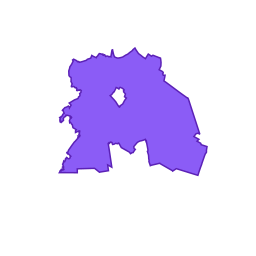 the district of Alojas pag., Alojas, Latvia, rotated 215°
{"feature_id": "27541924B87659249854231", "entity_name": "Alojas pag.", "entity_type": "district", "adm_level": 2, "iso_a3": "LVA", "parent_name": "Latvia", "parent_adm1": "Alojas", "projection": "orthographic", "projection_center": [24.883, 57.791], "detail": "fine", "context": "isolated", "style": "filled", "palette": "violet", "viewbox_px": 256, "rotation_deg": 215, "n_neighbors": 0, "source": "geoboundaries", "source_scale": "gbopen_adm2", "svg_char_len": 5535}
<svg xmlns="http://www.w3.org/2000/svg" viewBox="0 0 256 256"><g transform="rotate(215 128 128)"><path d="M141.5,203.9L143.0,203.5L143.0,203.4L145.0,203.0L146.0,202.7L149.3,201.9L150.0,200.2L150.6,200.3L153.8,200.2L153.5,194.8L156.8,194.7L159.0,194.9L162.1,195.0L166.1,196.5L168.2,197.5L168.9,194.9L168.8,194.4L168.9,193.8L169.2,192.8L169.7,191.5L170.7,188.0L171.5,186.8L173.1,183.0L174.9,180.9L176.2,179.6L176.7,179.3L178.2,178.8L179.6,178.6L179.8,178.5L181.8,179.8L184.5,182.2L185.5,183.2L185.8,182.9L185.6,182.1L183.9,178.6L183.8,178.8L183.2,177.0L183.1,176.7L182.9,176.5L183.9,176.1L184.0,175.8L184.2,175.6L184.5,175.4L184.6,175.5L185.0,175.4L185.6,175.3L186.4,175.0L186.8,174.6L187.2,173.8L187.4,173.7L188.8,174.5L189.1,174.6L189.5,174.3L189.7,173.7L190.1,173.6L190.1,173.4L190.4,173.4L190.5,173.6L191.0,174.1L191.2,173.9L191.3,173.9L192.2,173.2L192.8,173.2L194.2,172.5L194.3,171.1L194.2,169.5L194.5,168.5L194.3,167.4L197.0,166.9L197.3,166.8L199.3,166.7L198.6,163.8L200.7,161.0L200.9,159.7L201.0,159.5L203.2,156.6L205.2,154.2L205.6,153.8L206.2,154.2L206.7,154.1L207.4,153.3L208.6,153.7L212.0,153.2L212.4,151.9L211.3,151.4L210.8,148.3L210.7,146.5L210.7,144.8L210.2,143.6L209.8,142.7L209.8,142.4L209.2,140.7L206.9,137.7L206.3,137.0L204.6,136.6L204.0,136.7L203.9,136.7L203.7,136.7L203.4,136.4L203.2,136.2L201.6,133.9L201.6,133.6L200.8,133.1L199.8,132.5L199.3,132.4L198.8,131.4L198.8,131.0L198.7,130.5L198.5,130.2L198.2,129.9L198.1,129.4L197.8,129.4L197.4,129.8L196.7,130.3L196.5,130.7L196.3,130.9L195.6,131.0L194.7,130.6L194.2,130.9L193.8,131.3L193.4,131.4L193.0,130.7L192.1,130.7L191.8,129.6L191.6,129.4L191.1,129.4L190.4,130.3L190.1,131.0L189.9,131.1L189.5,130.9L189.3,131.1L189.3,131.5L189.2,131.8L188.3,131.9L187.7,131.8L187.6,131.1L187.0,130.3L187.0,129.8L187.3,128.8L187.4,128.5L187.2,128.3L186.4,127.7L186.0,127.0L186.0,126.7L185.9,126.0L186.2,125.5L186.2,125.2L186.3,124.9L186.2,124.6L186.0,124.2L185.9,123.4L187.6,120.9L188.0,120.3L189.7,116.4L190.5,114.7L187.7,114.1L187.5,110.9L188.1,111.5L189.4,111.8L189.8,111.0L190.3,109.9L191.4,108.5L191.9,105.3L191.8,104.8L191.1,105.0L190.9,105.0L190.2,104.3L189.3,103.8L188.7,103.3L189.2,102.2L189.1,101.0L188.8,100.5L189.0,99.8L189.4,99.0L189.1,98.5L190.0,97.4L188.7,96.6L188.5,95.5L187.6,94.7L187.4,94.3L187.0,94.1L186.9,95.0L185.9,94.4L185.6,95.5L185.2,97.3L186.4,98.6L186.5,100.5L185.7,101.7L185.8,102.1L186.2,102.8L185.0,103.6L182.0,104.7L180.3,104.4L180.2,103.7L181.7,103.7L180.6,102.3L180.2,100.4L178.8,98.9L178.6,99.6L177.5,99.3L176.4,98.8L176.1,98.9L175.5,98.7L173.3,96.7L169.4,97.0L169.4,95.6L168.4,94.2L166.5,97.5L166.2,97.7L165.9,97.9L165.7,97.8L165.7,97.5L165.9,96.9L165.9,96.7L165.7,96.4L164.9,96.3L164.6,95.3L164.7,95.0L164.7,94.7L164.0,94.3L163.7,94.3L163.3,94.5L163.2,94.5L163.2,94.2L163.4,93.5L163.7,93.3L164.4,92.7L163.8,92.4L163.6,92.4L163.0,92.6L163.6,91.3L163.5,91.2L163.2,91.1L163.7,86.4L163.9,85.9L164.0,82.0L164.0,81.1L164.0,78.9L164.0,78.5L164.0,75.7L163.4,73.8L163.6,73.6L164.0,73.1L164.0,72.8L163.9,72.5L163.5,72.5L163.4,72.8L162.7,72.4L162.7,72.7L158.7,72.1L159.0,71.4L158.8,71.2L158.7,71.2L158.5,70.7L158.3,70.2L158.5,69.7L158.6,69.1L159.1,68.7L159.8,68.5L160.4,68.7L160.8,68.7L161.4,68.7L161.5,66.8L161.1,66.9L160.6,64.1L161.7,64.2L161.1,62.4L160.8,61.8L160.8,61.7L160.7,61.7L160.6,61.4L160.6,61.1L160.8,60.9L160.7,60.7L159.8,60.2L158.8,59.5L158.8,59.3L159.3,58.5L159.3,58.4L158.8,58.4L158.7,58.6L158.6,58.9L158.4,59.1L158.2,58.9L158.3,58.3L158.2,57.9L158.1,57.7L157.6,57.4L157.3,57.1L157.2,57.1L157.0,57.5L156.9,57.5L156.8,57.4L156.7,57.2L156.8,56.8L157.2,56.5L157.5,56.0L157.8,55.7L158.0,55.7L158.2,56.2L158.3,56.3L158.6,56.3L158.9,55.9L158.9,55.6L158.6,55.2L158.6,54.9L158.4,54.6L158.9,54.5L159.0,54.2L159.0,53.5L158.8,53.2L158.6,52.7L158.6,52.1L143.9,62.3L146.1,65.4L144.4,66.8L143.0,67.8L135.5,73.4L132.2,75.8L126.0,75.4L125.6,75.9L125.5,76.0L119.5,81.8L123.5,86.1L118.8,86.6L130.9,99.4L135.4,104.0L135.2,105.0L134.5,104.5L134.1,106.6L132.8,106.9L131.8,106.0L131.1,105.7L130.1,106.8L129.4,108.3L127.4,109.2L127.3,110.1L126.7,110.3L122.3,108.1L113.4,109.0L112.8,109.0L111.2,108.4L110.6,109.8L110.6,110.0L109.7,110.9L109.8,111.1L109.8,114.7L111.1,114.6L112.6,116.0L112.2,120.6L112.1,121.4L111.7,122.5L110.8,124.1L109.4,125.6L108.0,127.4L107.4,128.6L105.4,127.2L105.4,127.7L104.8,127.1L99.3,121.7L98.8,121.0L98.4,120.1L98.6,119.9L95.8,117.7L94.3,115.9L93.4,114.7L92.3,113.7L91.6,112.5L88.3,110.1L88.2,110.0L88.1,109.9L88.0,110.0L87.5,110.9L81.8,117.3L81.7,117.2L79.4,117.4L67.2,118.5L66.7,118.3L65.1,122.4L43.6,129.3L44.0,130.6L44.7,132.8L46.0,137.3L46.7,140.1L47.3,141.9L49.4,149.3L49.8,151.0L49.9,151.6L49.7,152.8L50.5,154.2L50.9,154.6L52.6,158.1L58.5,156.3L59.2,156.9L59.8,157.2L63.9,156.8L63.4,159.4L69.1,158.8L69.0,162.2L68.3,163.2L67.6,163.9L66.0,164.1L66.0,164.4L92.8,184.6L93.0,184.8L95.7,186.7L95.9,186.8L96.4,186.9L96.6,186.6L105.2,186.7L122.3,187.2L125.6,187.2L127.1,190.8L127.9,192.5L129.3,191.4L130.7,192.3L130.7,193.3L131.2,193.8L132.4,194.0L135.9,193.6L136.6,197.6L138.5,200.6L140.5,202.9L141.5,203.9ZM153.2,142.5L154.9,142.9L155.1,143.0L159.2,143.9L159.3,143.9L161.2,144.3L160.9,145.0L160.5,146.0L160.5,146.7L160.5,147.0L160.4,149.4L160.1,149.6L160.6,153.0L160.9,154.4L159.8,154.7L157.8,154.7L158.0,155.8L157.8,156.8L155.5,157.3L155.2,157.3L155.1,157.2L154.5,157.3L153.0,157.0L153.0,156.1L153.0,155.9L152.7,155.9L152.3,155.1L149.6,154.4L148.8,151.6L146.5,151.6L146.6,149.2L146.6,148.7L146.1,144.6L147.4,141.1L146.9,141.0L146.9,140.3L147.7,140.2L151.6,141.8L153.2,142.5Z" fill="#8b5cf6" stroke="#5b21b6" stroke-width="1.5"/></g></svg>